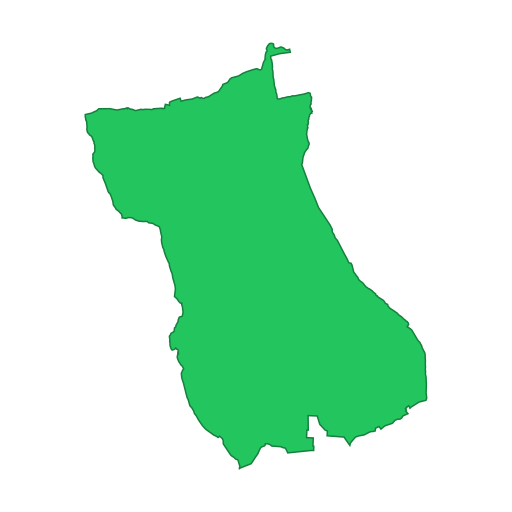 the district of Selimbar, Sibiu, Romania, rotated 184°
{"feature_id": "2599482B14672137342466", "entity_name": "Selimbar", "entity_type": "district", "adm_level": 2, "iso_a3": "ROU", "parent_name": "Romania", "parent_adm1": "Sibiu", "projection": "albers", "projection_center": [24.225, 45.735], "detail": "fine", "context": "isolated", "style": "filled", "palette": "green", "viewbox_px": 512, "rotation_deg": 184, "n_neighbors": 0, "source": "geoboundaries", "source_scale": "gbopen_adm2", "svg_char_len": 6053}
<svg xmlns="http://www.w3.org/2000/svg" viewBox="0 0 512 512"><g transform="rotate(184 256 256)"><path d="M423.1,391.9L425.1,389.8L428.0,388.3L429.7,387.2L436.2,385.2L436.0,382.7L435.6,381.6L435.4,380.1L435.2,379.6L434.8,379.2L434.2,377.6L434.2,376.8L433.6,373.8L433.7,372.8L433.3,372.0L433.7,370.7L433.0,368.9L433.1,368.3L432.0,366.8L431.0,366.0L430.9,365.6L430.6,365.2L428.2,363.8L426.0,359.0L425.7,358.9L425.5,358.6L425.5,357.3L424.8,355.9L424.6,354.7L424.4,354.4L424.4,353.7L424.3,353.4L424.5,352.2L424.2,351.7L424.1,349.2L424.2,348.7L425.9,346.0L425.6,345.6L425.6,342.1L425.1,338.8L423.8,335.9L423.2,333.9L422.7,333.4L422.3,332.6L418.1,328.5L416.6,327.7L414.2,325.6L414.2,324.0L414.0,323.2L411.3,317.8L408.0,310.0L407.3,308.9L406.2,308.2L404.9,306.0L402.6,300.4L401.9,297.0L399.5,294.1L398.9,292.9L396.4,291.3L393.1,288.3L392.2,285.8L392.3,284.7L388.4,284.5L386.1,285.4L384.2,285.5L382.0,285.4L378.7,283.5L375.4,282.6L370.8,282.5L367.0,282.9L365.3,281.6L361.4,281.4L358.8,280.0L355.5,278.9L354.4,278.2L354.1,277.8L353.7,276.4L353.3,275.8L352.9,273.6L351.5,269.2L351.3,268.2L351.5,265.6L351.0,262.7L349.6,258.1L348.5,256.2L347.6,253.3L345.8,249.1L342.7,243.3L342.0,242.5L341.7,240.2L339.7,235.0L338.5,232.7L337.3,227.9L334.8,221.0L334.1,217.4L334.5,209.9L331.8,207.8L330.0,205.4L328.6,204.1L328.0,203.7L326.7,203.7L326.7,202.2L325.7,199.7L325.5,197.9L324.9,195.4L324.9,194.1L325.4,190.9L326.0,190.4L327.7,190.0L328.2,189.6L328.5,189.0L329.0,187.6L329.2,185.5L329.5,184.3L330.8,181.8L331.2,179.7L332.3,178.5L332.4,175.3L333.0,174.6L335.5,172.8L335.9,171.3L336.8,170.0L336.4,167.5L336.0,166.4L336.2,165.0L335.7,163.0L335.5,160.6L334.8,159.0L334.7,158.4L333.5,156.6L333.1,156.3L331.4,156.9L330.5,157.5L329.6,158.6L328.8,157.6L327.5,157.3L326.8,155.7L327.1,155.1L326.8,153.9L327.2,154.2L327.2,152.3L327.5,150.9L327.5,149.4L327.2,148.4L325.6,145.1L324.7,144.2L323.6,142.4L321.8,140.9L320.3,138.4L321.2,137.0L322.3,133.7L321.7,130.0L321.3,128.5L319.6,124.4L314.9,110.1L313.6,107.9L311.5,102.0L309.7,100.3L308.6,98.9L307.3,96.9L306.4,94.5L304.4,92.4L301.8,88.3L297.5,82.9L295.2,80.7L293.8,79.5L285.6,74.4L282.8,73.3L281.1,72.3L279.7,73.7L276.9,71.5L275.9,69.8L275.5,66.2L267.3,55.6L266.1,54.7L263.9,53.6L262.4,52.1L259.9,51.4L257.5,45.3L257.4,44.8L257.8,43.5L257.7,42.8L256.9,43.4L246.3,48.5L242.5,55.3L242.1,56.2L241.7,56.5L239.9,59.8L239.9,60.3L238.2,64.7L237.0,66.0L234.3,67.1L233.7,68.0L233.6,69.3L231.4,69.5L228.8,68.8L227.0,67.5L218.1,67.5L215.4,66.6L213.6,66.5L212.5,65.2L210.6,61.8L187.7,65.8L184.9,66.0L185.1,70.3L185.9,70.3L186.2,78.5L192.9,78.3L193.1,86.1L191.7,86.0L192.9,100.4L183.8,100.7L180.6,92.5L175.0,87.2L172.6,86.4L172.5,81.6L155.6,81.5L149.2,73.6L148.9,75.5L148.3,76.6L145.9,80.0L144.0,82.4L140.9,83.7L135.5,85.1L130.6,88.2L129.0,88.8L126.5,89.2L124.8,89.9L124.8,92.5L121.4,94.5L119.3,92.0L116.6,94.6L115.1,95.8L108.5,98.5L107.5,99.5L105.9,101.8L103.3,103.1L100.9,103.3L99.1,104.8L98.9,105.8L98.1,106.8L93.4,109.3L95.9,112.0L95.2,112.7L96.3,114.3L95.1,115.2L95.3,115.6L94.6,116.2L93.2,117.3L91.8,114.9L90.6,116.2L83.1,121.7L76.4,123.9L75.9,125.3L75.8,126.3L76.8,131.6L76.9,137.0L77.2,141.2L77.5,142.9L77.9,147.1L78.6,149.4L78.8,151.1L78.8,152.6L79.2,154.7L79.2,157.9L79.5,158.8L79.7,163.2L80.5,169.9L80.8,171.0L83.9,176.2L84.5,178.0L86.8,181.6L88.1,182.6L89.1,183.8L95.3,192.8L96.9,194.2L97.8,194.4L98.7,195.3L100.2,195.8L100.2,196.3L99.0,198.1L99.0,198.5L99.4,199.7L100.7,201.2L101.7,201.5L102.7,202.5L104.2,203.4L106.7,205.6L109.7,207.3L111.2,208.9L119.0,213.4L120.9,215.3L121.3,216.9L123.7,217.8L124.6,219.4L126.1,220.8L131.7,223.8L131.9,224.3L132.4,224.8L133.1,224.8L133.7,225.5L134.1,226.7L135.9,227.7L137.6,229.3L139.7,230.6L140.7,231.2L141.5,231.3L143.4,232.6L144.1,232.8L147.6,236.6L150.6,238.5L151.9,239.7L153.1,242.0L155.0,243.8L155.3,244.5L157.4,246.8L159.6,253.7L160.8,255.5L161.6,255.4L162.5,255.6L163.3,256.4L165.0,259.6L167.8,263.9L175.9,277.2L178.4,279.8L179.4,282.4L181.3,284.9L181.7,285.8L181.8,287.9L184.2,292.0L197.0,308.7L200.9,316.9L206.5,327.5L216.8,350.4L216.2,351.9L216.0,357.7L215.1,360.8L214.9,362.2L212.8,366.0L211.9,366.7L211.4,369.3L210.8,371.1L210.9,372.2L211.2,373.0L211.7,373.3L212.8,376.3L213.9,380.5L214.0,383.0L213.7,386.3L213.4,387.4L213.2,387.5L213.5,387.8L213.8,390.4L213.2,390.7L213.3,391.6L213.0,392.7L213.5,395.2L212.9,396.2L213.0,397.8L212.6,398.7L212.2,400.8L211.4,402.1L210.2,402.5L210.7,403.5L209.9,404.1L210.7,405.5L211.3,405.6L211.2,407.1L212.0,406.9L212.5,408.4L212.3,410.4L211.6,411.5L212.0,413.0L211.7,413.9L211.6,415.2L211.6,418.2L212.8,419.6L213.1,421.5L213.5,422.2L215.1,422.6L218.8,421.1L228.3,418.5L231.3,418.2L233.0,417.2L234.7,417.2L237.4,416.4L238.1,416.0L241.1,415.4L242.7,414.5L244.6,414.2L245.5,414.3L245.7,414.5L246.7,419.1L247.5,420.6L247.9,423.3L249.4,426.7L250.8,434.2L251.3,435.0L251.9,440.3L252.3,442.5L252.8,443.9L252.7,445.7L253.2,449.0L254.2,452.9L255.0,453.9L255.3,456.4L246.4,459.5L236.0,461.6L236.9,464.6L238.8,463.8L240.2,463.8L241.0,464.0L242.6,465.3L245.2,466.2L246.0,466.2L248.8,464.8L250.8,464.5L252.4,465.3L253.0,466.6L253.3,468.7L254.7,469.2L256.1,469.2L257.5,468.7L259.0,466.6L260.1,463.9L260.0,463.0L259.5,462.4L259.3,461.5L259.4,460.8L260.2,460.1L260.7,457.4L260.8,453.7L260.3,453.1L261.0,452.1L262.1,449.6L262.9,445.5L263.1,445.1L263.4,442.8L264.5,442.1L265.6,441.9L267.6,442.8L268.8,442.8L272.3,441.6L278.4,439.1L282.1,437.2L285.9,434.4L292.9,432.0L294.4,430.6L295.9,427.9L296.6,427.0L301.1,424.8L301.3,423.4L304.9,417.4L307.4,416.1L308.9,415.7L314.5,411.6L317.5,410.6L318.8,409.6L320.3,409.6L321.7,410.3L323.0,409.5L324.8,410.4L325.7,410.5L330.5,408.2L337.3,406.7L341.5,405.2L342.7,408.1L351.1,404.5L352.9,403.4L353.0,403.2L352.8,400.3L357.0,401.0L357.6,397.6L357.4,396.9L359.7,396.4L360.0,396.9L367.9,395.8L368.7,395.7L369.0,395.2L370.6,394.7L371.9,394.9L377.1,394.6L379.7,394.0L380.3,394.3L381.1,394.3L385.9,392.7L387.6,392.9L388.6,393.4L390.2,393.8L391.7,393.6L392.0,394.0L393.6,394.8L394.3,394.7L394.6,394.1L395.1,394.8L397.4,393.7L398.3,393.7L405.0,391.9L412.1,392.8L423.1,391.9Z" fill="#22c55e" stroke="#15803d" stroke-width="1.5"/></g></svg>